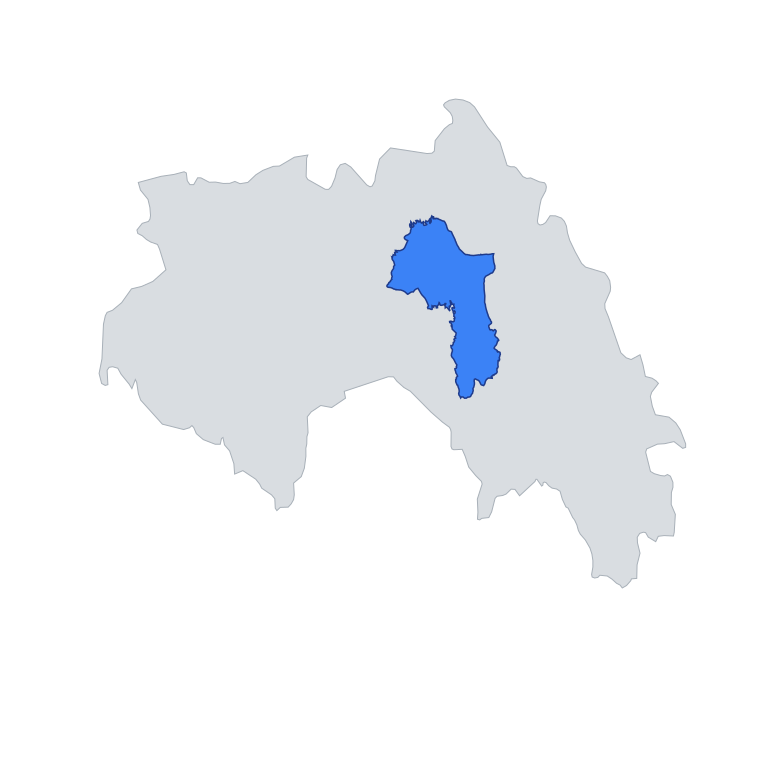 location of Kouroussa, Kouroussa, Guinea, rotated 342°
{"feature_id": "49546643B25969650419510", "entity_name": "Kouroussa", "entity_type": "district", "adm_level": 2, "iso_a3": "GIN", "parent_name": "Guinea", "parent_adm1": "Kouroussa", "projection": "equal_earth", "projection_center": [-10.122, 10.487], "detail": "fine", "context": "in_parent", "style": "filled", "palette": "blue", "viewbox_px": 768, "rotation_deg": 342, "n_neighbors": 0, "source": "geoboundaries", "source_scale": "gbopen_adm2", "svg_char_len": 9833}
<svg xmlns="http://www.w3.org/2000/svg" viewBox="0 0 768 768"><g transform="rotate(342 384 384)"><path d="M462.4,526.7L456.8,525.7L454.3,527.1L446.9,538.8L442.4,543.4L435.5,542.0L433.0,542.8L431.1,541.5L433.7,535.0L437.2,522.3L446.4,509.5L446.6,506.8L442.9,499.4L438.9,489.2L438.9,478.2L438.2,470.3L430.1,468.1L428.6,466.8L428.4,464.1L433.0,450.5L433.3,447.7L432.8,445.3L427.8,438.3L420.1,425.4L406.8,399.0L401.8,393.4L397.1,385.3L395.3,380.2L390.3,378.4L343.9,378.7L343.0,385.6L327.0,390.2L317.2,384.9L306.2,388.0L300.9,391.5L296.7,406.9L294.4,410.3L292.0,417.2L289.8,421.0L287.4,428.6L282.2,439.5L276.7,446.5L267.4,450.3L264.4,461.7L262.3,466.0L258.7,469.3L254.8,471.5L247.2,469.3L243.0,471.3L242.2,468.5L244.7,459.4L242.8,454.7L235.5,445.3L234.8,440.7L232.6,434.9L223.0,422.8L214.1,423.5L216.6,413.4L216.5,399.9L213.5,392.6L214.3,385.1L212.6,385.6L209.6,390.7L204.8,389.1L195.0,381.1L190.2,373.3L189.6,366.7L188.5,364.2L185.5,365.5L179.4,365.4L160.8,353.7L147.6,324.1L147.4,317.5L149.3,306.0L148.9,302.9L142.8,310.5L141.6,305.4L137.0,293.5L135.7,286.7L131.2,283.7L127.7,283.2L124.9,285.4L121.2,299.3L118.4,299.2L115.6,296.2L116.3,285.9L123.5,273.0L135.7,240.4L140.1,232.9L142.8,230.3L148.5,230.0L159.6,225.6L173.2,215.5L183.6,216.3L195.9,215.0L211.9,208.0L212.2,186.2L211.7,181.3L206.0,176.9L202.7,173.1L199.9,168.3L196.4,164.8L196.6,161.2L203.7,156.5L210.2,156.6L212.4,154.8L214.0,151.7L215.9,143.8L216.6,135.5L212.3,124.3L212.6,116.4L236.1,117.6L249.0,119.8L259.5,120.4L261.2,122.2L259.7,129.9L261.0,134.4L264.6,135.6L270.5,130.3L273.6,131.4L280.1,138.1L286.2,139.9L292.9,143.5L299.2,145.5L304.8,145.3L309.0,149.0L316.8,150.2L326.9,145.4L334.9,143.4L346.0,142.8L351.9,144.4L368.9,140.6L382.3,142.7L380.2,145.3L374.0,162.8L374.7,165.9L388.3,180.7L391.5,181.8L395.2,179.8L401.1,172.9L405.7,165.5L410.2,162.0L415.3,162.2L419.5,167.4L429.1,189.3L431.6,192.1L433.9,192.1L438.1,188.0L440.3,183.2L449.3,168.7L463.1,161.5L496.1,178.1L500.9,179.3L503.8,178.1L507.9,168.3L520.3,159.9L526.2,157.6L529.6,157.3L530.9,154.6L531.6,150.6L530.9,146.5L527.0,139.0L526.9,136.9L529.1,135.4L533.8,134.4L540.0,135.1L546.9,138.3L552.5,142.9L555.7,148.4L561.9,171.6L568.9,189.8L568.6,214.2L571.7,216.6L575.1,217.7L576.7,219.6L580.1,229.6L583.3,232.6L587.1,233.3L594.2,239.7L598.8,242.2L599.5,244.2L599.3,246.8L597.5,250.2L590.6,256.9L587.2,262.7L580.2,276.5L580.0,279.1L581.5,281.0L584.4,281.3L587.6,280.4L594.0,275.3L599.1,277.1L604.0,281.0L605.8,285.0L606.3,290.2L605.2,297.0L605.0,304.6L606.7,317.5L609.2,330.4L611.8,335.1L628.2,346.5L629.7,350.7L630.6,355.5L629.4,362.1L627.8,365.7L618.8,375.8L617.5,380.6L618.2,389.6L618.9,427.5L622.4,433.9L626.6,437.1L636.5,435.3L636.2,445.8L634.9,457.6L640.7,461.3L643.6,464.9L645.2,468.2L636.1,474.5L633.5,478.1L632.3,488.0L632.6,497.1L644.8,503.6L649.5,511.2L651.6,519.1L652.4,534.1L651.3,537.5L648.2,537.5L642.0,528.4L632.5,527.5L625.5,525.7L613.8,526.9L611.8,529.6L610.4,549.5L613.3,552.8L618.9,556.6L622.5,558.2L625.6,557.7L627.9,560.2L628.4,566.7L626.9,571.5L623.8,576.0L619.9,587.4L620.8,598.0L614.2,614.7L612.3,618.0L603.5,614.7L597.8,613.6L593.7,617.9L588.0,611.3L586.9,606.2L584.9,605.1L581.0,605.1L577.5,608.0L576.0,613.3L575.2,624.0L568.8,634.2L564.3,647.0L559.1,645.8L557.9,647.3L552.4,650.6L547.6,651.6L546.4,648.2L543.6,645.4L540.5,640.0L537.0,635.6L530.2,632.6L527.6,634.0L524.4,633.6L522.3,631.9L522.6,629.3L526.1,622.6L528.1,616.5L529.2,609.9L529.2,603.6L527.3,594.6L524.3,587.5L523.6,583.4L523.9,577.6L523.2,572.1L522.2,569.3L520.8,559.0L519.0,557.1L518.0,548.9L518.3,540.4L515.7,537.2L511.6,534.9L509.2,531.6L507.7,527.9L506.2,526.8L504.9,527.0L503.8,529.3L502.4,529.8L500.0,521.9L499.0,521.6L497.4,523.4L478.4,532.2L476.0,524.7L472.4,523.3L466.1,526.4L462.4,526.7Z" fill="#d9dde1" stroke="#a8b0b8" stroke-width="1"/><path d="M449.1,324.5L449.1,325.9L449.8,326.1L450.8,326.6L451.7,327.5L452.6,327.9L452.9,327.8L453.4,326.2L453.7,324.8L453.9,324.4L454.5,325.3L455.0,326.3L455.6,325.1L456.6,325.3L457.5,325.9L457.3,327.8L458.5,328.0L458.9,326.2L459.6,325.9L460.5,325.2L461.6,323.6L461.8,324.0L461.8,326.4L462.9,326.9L464.6,327.1L465.8,327.1L467.0,326.3L467.6,326.6L467.1,327.5L466.1,328.0L466.2,328.9L465.8,330.5L466.6,330.1L467.5,330.5L469.0,334.4L469.5,334.1L468.9,332.8L469.9,331.6L470.0,330.2L470.3,330.1L470.9,330.7L471.9,329.5L472.3,327.6L472.5,325.4L473.0,325.5L473.0,326.4L473.5,327.7L473.4,328.4L472.9,329.1L475.1,329.7L474.5,330.9L474.6,332.3L474.6,333.3L474.1,333.6L472.9,332.6L472.1,332.7L471.9,333.7L472.0,334.7L472.5,336.7L473.7,336.3L474.0,337.4L473.3,338.6L472.5,338.7L472.0,338.1L472.0,339.7L471.3,341.2L471.9,342.2L471.7,343.3L470.8,343.5L470.9,344.6L470.0,346.0L468.8,346.2L467.0,344.9L465.7,344.8L465.5,345.9L466.6,346.7L466.7,348.2L465.9,349.3L465.9,349.8L466.7,349.3L466.6,350.0L465.8,352.9L468.4,357.8L467.0,360.4L465.8,360.8L466.4,362.5L464.5,362.9L464.2,363.6L464.7,364.4L463.7,365.7L462.7,365.9L462.3,367.2L460.9,368.7L459.5,368.1L459.1,370.3L459.7,372.3L459.2,373.8L457.6,376.0L456.8,377.8L456.9,379.3L457.9,381.7L458.7,386.7L459.2,388.3L458.7,389.2L458.2,389.6L458.3,390.4L457.6,391.3L456.2,391.3L455.9,392.5L456.0,393.9L455.8,395.9L456.2,397.1L456.4,399.3L454.8,400.1L454.4,401.5L453.6,401.8L452.9,404.1L453.2,407.6L453.7,407.9L453.6,410.1L453.7,411.9L453.5,413.3L453.1,414.6L452.1,416.0L451.9,417.7L452.4,418.9L452.6,421.0L453.6,420.2L455.2,420.8L456.2,422.4L458.1,422.9L459.4,422.4L461.6,422.8L462.6,422.5L463.8,421.2L465.5,420.0L465.8,419.2L466.6,418.2L467.0,417.2L467.0,416.3L467.3,415.7L468.4,414.7L470.0,412.0L470.5,410.3L470.6,409.1L471.4,407.5L472.5,407.4L473.9,408.9L474.5,409.3L475.3,410.3L475.8,412.3L475.9,413.8L476.3,414.9L478.3,416.3L479.9,415.0L481.2,412.9L482.7,411.5L484.9,410.6L486.6,411.1L488.7,412.0L488.9,411.1L488.7,410.6L488.2,410.6L488.3,410.1L489.3,409.7L490.0,409.8L490.7,409.0L490.8,409.0L491.3,409.5L491.6,409.5L491.8,409.2L492.2,409.1L492.9,408.7L493.2,408.9L493.5,408.9L494.0,408.5L494.3,408.5L495.1,407.9L495.5,407.0L495.5,406.2L496.3,404.0L496.9,404.0L497.8,403.0L498.0,402.4L498.2,401.1L499.8,396.9L500.1,396.9L500.6,397.4L501.1,396.7L501.3,396.8L501.5,396.5L501.7,395.7L501.6,394.8L502.5,393.6L502.9,392.8L503.8,391.7L503.9,391.4L503.8,390.9L504.0,390.4L504.1,389.8L503.7,389.5L503.0,388.6L502.1,388.8L501.9,388.5L501.7,388.0L501.9,387.7L502.0,387.3L501.8,386.9L500.2,384.9L499.8,384.2L499.8,383.8L501.4,382.3L502.8,381.6L503.6,380.7L504.8,379.1L505.1,378.3L506.0,378.3L506.6,378.0L506.7,377.7L506.4,377.0L506.3,376.1L505.6,374.7L505.3,374.5L504.8,373.6L504.4,372.3L504.4,371.5L505.5,370.6L506.1,369.8L507.0,368.4L507.0,367.9L506.6,366.9L506.4,366.6L505.9,366.4L504.3,367.2L503.8,366.6L503.5,365.8L503.2,365.6L502.1,365.3L501.7,365.4L501.4,364.7L501.4,362.7L501.3,362.3L501.6,360.9L502.2,360.5L504.8,359.5L505.1,359.1L505.4,358.2L504.9,356.9L505.0,356.1L504.9,355.3L504.5,354.2L504.4,353.2L504.2,351.8L504.3,349.9L504.2,348.9L504.3,344.2L504.6,341.2L504.9,340.0L504.9,337.5L507.1,331.4L508.5,324.8L509.7,320.9L510.0,319.1L511.3,317.1L511.7,315.2L512.6,314.0L514.2,312.9L517.8,312.3L519.9,311.7L521.3,311.8L522.2,311.3L525.2,308.4L525.5,307.0L525.9,306.1L526.0,302.1L526.6,299.1L527.2,296.3L528.6,294.0L527.2,293.6L525.5,293.5L523.1,293.0L521.4,292.2L518.2,291.5L516.8,291.3L516.6,291.0L516.1,290.6L515.7,290.9L514.9,290.9L514.1,290.5L508.9,289.5L505.9,288.3L505.3,287.8L505.1,287.9L504.8,287.6L504.2,287.3L502.9,286.5L501.7,286.2L500.4,284.5L498.8,281.4L497.9,279.9L497.9,279.7L497.3,278.7L497.3,277.6L496.5,274.3L496.3,271.5L496.3,270.8L496.1,269.9L496.2,268.7L495.3,262.1L495.2,260.4L494.9,259.8L494.6,259.5L493.4,258.8L492.3,257.0L492.3,255.3L492.2,254.4L492.4,252.7L492.1,249.8L491.9,248.8L491.3,247.5L490.5,247.3L489.9,246.8L488.3,245.3L487.1,244.3L486.5,243.7L486.4,243.4L486.2,243.5L485.0,242.6L484.6,242.4L484.2,242.8L482.8,242.3L482.1,242.2L481.9,242.1L481.8,241.7L482.0,240.8L482.8,241.2L482.9,240.7L482.7,240.2L482.1,240.0L481.6,239.6L481.4,238.9L481.0,239.2L480.8,240.1L479.5,241.2L479.4,243.3L478.9,244.4L477.9,245.1L477.4,245.4L477.1,244.9L478.1,243.4L478.1,242.5L478.5,241.2L478.1,241.4L477.8,242.0L476.9,242.6L475.6,243.0L474.7,242.4L474.3,241.8L473.5,243.1L473.2,243.9L474.1,245.4L473.8,245.7L472.0,245.7L471.1,245.5L470.8,244.7L471.2,243.6L472.0,242.6L471.8,241.8L470.7,242.1L469.8,242.7L469.3,242.4L469.0,241.3L468.9,239.5L468.3,240.4L467.3,240.8L466.9,239.3L466.1,238.6L465.7,238.6L465.0,238.4L464.6,238.6L465.4,239.8L465.1,240.3L464.5,240.7L463.7,241.4L463.1,241.0L462.1,239.5L461.7,239.8L461.5,240.6L461.2,242.2L461.3,242.9L459.8,243.8L458.9,243.5L459.0,242.7L459.6,241.8L460.0,240.4L459.9,238.5L459.7,237.9L459.4,238.6L459.2,240.8L458.7,241.4L457.9,240.1L457.5,240.7L457.3,242.7L458.0,244.0L457.5,245.3L456.8,246.0L456.1,247.7L455.4,248.5L453.2,249.4L450.7,249.6L449.0,250.4L448.5,251.2L448.5,252.1L449.0,253.2L450.9,255.0L445.8,260.7L444.0,261.8L441.7,262.1L440.2,262.1L438.7,261.5L437.6,261.3L436.7,260.6L436.2,260.5L437.0,262.5L435.6,262.0L434.9,262.1L435.1,262.9L434.6,263.0L434.7,264.9L433.8,264.6L432.9,264.0L432.9,264.5L432.2,264.6L431.9,264.9L431.0,266.3L430.7,265.9L430.7,267.0L430.3,267.4L430.5,268.7L431.0,270.0L431.1,270.9L430.9,274.3L429.5,275.1L428.8,277.1L426.8,278.6L425.5,280.1L425.2,280.8L425.3,281.2L425.0,281.7L425.0,284.4L424.2,285.3L423.6,286.5L423.8,286.9L422.2,287.7L421.8,288.1L421.8,288.4L421.3,288.5L420.8,288.9L420.4,288.9L419.9,289.1L419.2,290.2L418.2,290.4L417.1,291.5L417.0,291.8L417.0,292.2L417.3,292.8L417.8,293.3L418.8,293.7L420.2,294.4L421.6,295.5L422.5,296.6L423.5,297.1L424.4,298.0L424.7,297.9L424.9,298.2L426.6,298.8L427.6,299.3L428.7,299.6L431.0,301.3L432.5,303.0L433.2,304.3L433.7,304.9L433.7,305.2L434.0,305.4L434.1,305.8L434.4,306.0L438.1,305.0L439.3,305.1L440.4,305.5L441.8,304.4L442.8,303.9L444.4,303.5L445.9,303.5L447.1,309.3L447.6,311.0L449.5,315.1L450.0,317.8L450.3,320.5L450.5,323.4L449.1,324.5Z" fill="#3b82f6" stroke="#1e3a8a" stroke-width="1.5"/></g></svg>